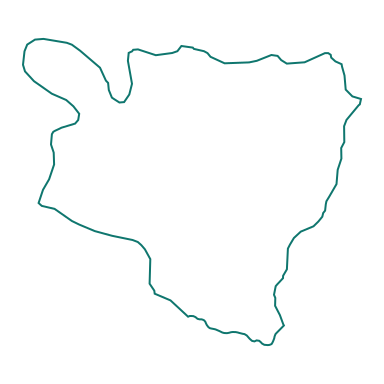 Villa Nueva, Guatemala
{"feature_id": "79465075B28171431447945", "entity_name": "Villa Nueva", "entity_type": "district", "adm_level": 2, "iso_a3": "GTM", "parent_name": "Guatemala", "parent_adm1": "", "projection": "mercator", "projection_center": [-90.605, 14.533], "detail": "fine", "context": "isolated", "style": "outline", "palette": "teal", "viewbox_px": 384, "rotation_deg": 0, "n_neighbors": 0, "source": "geoboundaries", "source_scale": "gbopen_adm2", "svg_char_len": 2070}
<svg xmlns="http://www.w3.org/2000/svg" viewBox="0 0 384 384"><path d="M188.1,316.7L189.7,316.0L191.2,316.0L193.3,316.1L195.5,317.1L197.5,318.8L199.4,319.3L201.4,319.3L202.8,319.7L204.2,320.4L205.4,321.9L206.0,323.4L206.8,325.0L208.3,327.0L209.7,328.1L211.2,328.5L213.8,329.0L215.5,329.4L219.5,331.1L222.3,332.5L224.1,333.0L225.8,333.1L227.3,333.1L229.0,332.8L231.1,332.2L232.8,332.0L235.8,332.1L237.8,332.5L239.1,332.9L242.7,333.8L244.5,334.1L246.8,335.5L249.5,338.6L250.8,339.8L252.1,340.9L254.5,341.4L256.6,340.4L259.2,340.8L260.8,342.2L262.1,343.6L264.3,344.8L267.9,345.1L269.5,344.9L271.5,344.1L272.4,342.7L273.2,341.0L274.2,338.4L274.6,336.4L275.5,334.1L276.6,332.9L283.9,325.5L283.2,324.1L279.9,315.1L275.1,305.8L275.3,297.9L274.0,294.8L275.7,286.2L277.2,284.4L283.0,278.2L283.1,275.8L286.9,269.3L287.9,248.6L289.9,244.7L293.9,238.0L300.8,231.6L313.5,226.3L318.3,221.6L322.3,216.7L323.2,213.0L325.1,210.6L325.8,204.3L326.4,201.3L329.5,196.2L336.5,184.1L337.7,169.8L341.4,158.6L341.2,148.0L344.3,142.1L344.1,126.2L346.5,119.9L358.7,105.2L359.8,104.4L361.0,99.0L352.4,96.4L345.7,89.6L344.5,75.5L342.0,66.5L341.6,64.2L335.4,61.4L331.2,57.6L330.7,54.8L328.2,53.1L325.0,53.1L304.6,62.3L286.8,63.6L281.2,60.1L277.6,55.9L271.4,55.0L256.8,60.8L249.1,62.4L224.6,63.3L210.5,56.8L207.5,53.1L204.0,51.2L193.9,48.9L192.8,47.6L181.4,46.0L177.4,51.2L172.2,53.0L155.8,55.2L138.0,49.4L133.2,49.8L132.1,51.3L128.7,52.9L127.9,60.8L132.0,83.8L129.3,94.5L124.1,102.1L119.4,102.5L113.8,98.9L111.9,97.6L108.8,90.0L108.1,82.9L105.9,80.6L100.0,67.7L80.1,50.7L71.9,44.7L66.8,42.8L43.5,38.9L35.0,39.6L27.2,44.6L24.5,51.3L23.0,64.8L25.0,71.4L34.0,81.2L51.8,93.7L66.2,100.0L73.4,106.3L79.2,113.8L78.2,120.0L75.1,123.6L61.5,127.7L59.1,128.9L55.2,130.7L53.3,131.8L51.9,134.2L51.0,144.5L53.7,152.6L54.1,164.5L49.1,179.3L43.0,189.8L38.6,203.0L40.1,204.4L41.8,205.9L54.6,208.9L71.9,221.0L79.3,224.6L94.8,231.1L112.1,235.8L132.6,240.0L137.8,242.0L141.3,245.1L144.9,249.3L150.3,259.1L149.6,283.7L154.3,290.7L154.7,293.7L170.5,300.4L188.1,316.7Z" fill="none" stroke="#0f766e" stroke-width="2"/></svg>